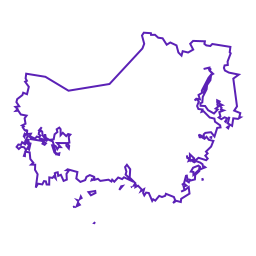 Huon Valley, Tasmania, Australia (Robinson projection)
{"feature_id": "25037944B40163460524303", "entity_name": "Huon Valley", "entity_type": "district", "adm_level": 2, "iso_a3": "AUS", "parent_name": "Australia", "parent_adm1": "Tasmania", "projection": "robinson", "projection_center": [146.517, -43.294], "detail": "fine", "context": "isolated", "style": "outline", "palette": "violet", "viewbox_px": 256, "rotation_deg": 0, "n_neighbors": 0, "source": "geoboundaries", "source_scale": "gbopen_adm2", "svg_char_len": 5840}
<svg xmlns="http://www.w3.org/2000/svg" viewBox="0 0 256 256"><path d="M26.2,73.7L25.6,78.4L26.9,80.8L25.1,81.7L28.8,86.8L27.0,94.2L23.2,92.7L22.4,95.1L17.2,99.1L16.4,102.1L19.2,106.3L15.4,106.9L17.6,109.1L15.8,110.9L18.3,110.7L20.8,114.5L26.6,115.6L24.6,118.3L25.5,123.7L22.0,125.5L23.8,126.5L22.8,127.5L24.7,130.2L25.6,130.7L26.1,130.2L27.0,130.4L27.2,130.5L26.9,134.0L30.9,133.7L29.7,136.1L35.0,138.6L36.9,136.5L39.0,137.4L40.4,135.6L38.7,134.2L39.0,132.1L40.7,131.0L39.1,130.3L41.7,127.2L40.0,129.7L42.2,131.6L42.6,135.4L44.7,138.1L44.8,135.0L45.3,135.0L45.9,137.9L49.5,139.9L53.7,139.3L54.6,134.3L57.4,132.0L56.7,129.3L59.3,127.6L60.6,129.2L60.6,135.2L62.8,132.8L66.2,136.1L68.1,134.0L70.3,134.6L68.7,136.5L69.4,142.6L67.0,143.2L69.2,145.8L68.8,148.6L66.3,145.7L66.5,143.1L57.0,143.0L60.7,147.1L58.6,147.1L57.3,149.2L55.7,146.2L54.5,145.6L53.4,145.9L55.1,150.0L55.1,152.7L56.1,153.1L56.1,153.7L56.5,153.6L56.5,154.2L59.3,153.3L59.0,154.9L56.4,154.3L54.4,152.4L52.1,145.3L53.9,145.2L52.7,141.4L47.7,139.4L46.6,140.6L45.1,138.5L45.7,140.3L40.6,138.6L40.2,139.0L46.0,143.3L44.6,144.8L42.5,143.7L43.6,142.0L41.9,140.9L30.7,139.1L31.3,138.0L27.9,135.8L25.8,140.0L28.3,139.8L29.0,143.5L29.6,143.8L30.1,143.4L30.5,143.5L29.1,149.7L27.3,148.4L29.0,145.4L26.2,141.4L24.7,142.3L26.0,143.0L25.1,144.4L22.1,142.2L20.9,144.9L18.4,144.5L16.6,146.9L18.8,149.0L21.2,146.9L24.0,147.2L26.1,149.9L25.2,151.7L29.7,152.4L30.3,159.0L33.3,162.7L31.2,164.6L35.2,164.7L35.0,169.8L37.6,174.2L35.8,187.6L38.0,183.7L42.3,184.4L44.0,181.1L45.9,181.4L46.6,184.5L49.2,184.6L49.3,177.4L52.5,177.9L53.8,176.3L55.7,178.4L54.8,173.2L55.8,172.7L57.7,172.3L58.2,175.9L60.9,174.8L63.6,180.9L66.8,179.6L66.5,173.8L69.0,170.4L66.4,170.2L67.6,169.3L77.4,172.0L76.3,178.5L80.4,181.9L85.2,180.1L86.5,176.8L89.8,175.1L93.8,176.7L94.0,178.9L94.1,176.4L94.7,179.8L97.9,178.8L100.3,180.9L108.5,179.7L111.4,181.5L112.2,179.7L114.3,181.7L118.2,177.5L122.1,179.1L124.0,177.3L133.3,181.7L125.6,174.6L126.4,171.6L125.1,167.1L126.9,164.8L130.2,169.2L129.7,177.6L135.3,183.1L133.8,185.6L135.7,185.1L135.4,187.1L138.0,185.7L141.7,189.5L140.9,191.1L144.0,189.2L143.1,192.9L144.3,195.4L146.1,192.6L148.8,193.0L152.2,200.9L153.2,199.3L155.3,200.6L159.2,195.9L162.0,197.0L165.2,195.8L165.9,193.8L173.9,197.0L175.2,200.3L173.1,203.0L176.2,200.8L180.8,202.0L181.2,198.8L189.5,193.6L188.7,187.1L185.1,189.9L181.1,191.6L184.5,190.0L183.6,186.5L186.4,185.6L184.3,183.8L183.5,183.9L183.2,184.4L181.9,184.8L183.4,183.8L183.9,183.7L186.0,175.8L187.7,175.4L186.4,176.0L187.8,179.2L186.4,180.7L188.8,182.3L190.0,178.8L189.5,180.8L194.9,179.4L195.2,174.9L199.3,171.1L199.1,169.7L193.4,174.9L193.4,171.9L190.8,171.6L193.1,167.7L198.4,165.6L200.1,167.0L199.8,169.6L203.4,168.0L202.5,164.2L200.2,162.6L196.2,161.1L194.3,162.3L192.3,161.1L193.8,160.8L193.1,159.5L188.6,161.0L189.4,159.1L187.2,157.9L186.9,155.4L187.3,157.8L188.9,158.1L189.9,159.5L189.9,154.3L194.1,158.3L194.6,161.1L198.5,157.8L206.2,160.2L207.7,158.6L205.3,155.7L207.6,153.4L206.0,151.6L211.1,146.6L213.4,140.9L208.8,139.8L206.5,136.8L204.5,138.8L200.7,136.6L199.5,138.0L200.2,135.9L198.3,135.4L199.9,135.0L203.9,137.1L203.7,134.4L205.3,132.9L211.0,132.2L214.5,136.5L217.2,127.9L220.5,127.4L220.1,125.3L215.0,121.7L214.4,118.6L209.7,117.5L203.5,111.2L201.6,111.8L202.5,109.5L198.4,109.0L197.1,106.0L198.8,101.5L196.7,99.1L194.6,100.4L196.3,98.7L199.9,99.3L198.5,95.0L202.1,92.8L201.8,90.7L208.5,77.8L211.1,74.6L212.8,73.9L209.5,70.6L208.8,68.6L209.1,67.7L203.6,69.0L209.2,67.6L210.5,69.1L209.7,70.6L213.1,73.8L211.1,75.0L210.4,80.2L207.1,85.0L206.6,89.3L202.8,96.8L202.3,102.4L200.4,103.3L200.6,105.8L205.1,106.0L208.1,110.2L214.0,113.5L217.7,109.5L215.7,108.6L218.2,106.6L217.3,104.4L217.7,103.5L217.1,101.9L217.5,101.2L217.2,100.7L217.2,100.3L219.7,101.5L218.8,103.3L222.1,105.0L219.6,105.5L221.6,107.8L220.9,109.5L223.7,110.4L219.3,112.1L220.4,116.3L218.7,117.5L221.3,119.2L224.6,117.3L228.2,118.8L229.4,116.9L227.8,123.4L232.1,125.9L233.3,118.3L238.0,118.9L240.6,117.3L239.3,117.1L240.3,113.1L234.2,110.6L237.0,106.4L233.3,78.6L238.8,74.6L228.9,72.6L224.9,70.5L223.9,67.9L224.6,65.4L227.8,65.0L227.6,61.5L230.7,53.3L229.7,52.3L230.4,46.9L212.3,44.0L210.3,46.0L206.3,45.4L204.4,43.9L204.9,41.3L193.1,40.9L190.2,43.8L193.2,49.6L188.1,52.5L182.7,51.2L181.5,55.6L178.4,52.5L176.5,45.4L170.3,42.5L166.7,44.7L162.6,38.3L158.2,37.7L155.0,34.8L151.1,34.9L150.9,33.2L143.8,32.7L142.0,35.5L144.2,43.8L142.4,48.5L109.5,84.0L68.5,90.7L45.4,76.8L26.2,73.7ZM95.2,191.0L88.5,192.1L90.9,195.3L95.5,193.0L95.2,191.0ZM79.8,204.8L78.0,202.6L76.6,206.3L79.8,204.8ZM203.5,90.4L205.6,87.2L204.9,89.9L204.7,89.9L205.0,90.1L205.7,89.2L206.8,84.7L203.5,90.4ZM208.6,77.8L207.4,81.9L208.3,81.5L209.1,80.4L210.3,77.8L210.5,76.6L208.6,77.8ZM208.5,81.8L206.7,82.8L206.0,84.5L208.5,81.8ZM121.2,186.3L119.3,189.9L122.6,186.0L121.2,186.3ZM80.8,196.5L80.0,198.9L81.6,198.0L80.8,196.5ZM226.5,119.4L225.2,121.5L225.8,122.0L226.5,119.4ZM227.1,127.4L228.2,128.3L228.9,126.4L228.6,126.3L227.1,127.4ZM23.9,155.9L24.9,156.1L25.0,153.5L24.6,153.8L23.9,155.9ZM209.7,137.4L211.2,137.8L211.3,137.1L209.7,137.4ZM204.0,91.6L203.8,93.5L205.0,90.2L204.6,89.9L204.7,89.4L204.0,91.6ZM92.0,179.3L91.6,180.3L93.3,179.8L92.0,179.3ZM24.9,135.1L23.8,136.2L24.4,137.0L24.9,135.1ZM202.8,179.6L202.3,178.2L202.5,179.7L202.8,179.6ZM77.2,200.1L78.1,201.1L78.4,200.5L77.2,200.1ZM94.2,223.1L95.1,223.3L94.5,222.8L94.2,223.1ZM198.6,168.8L199.4,168.0L199.2,168.1L198.6,168.8ZM24.4,134.5L25.1,134.7L24.6,134.0L24.4,134.5ZM130.9,187.2L131.3,187.1L131.8,186.8L130.9,187.2ZM204.9,167.0L204.8,167.5L205.3,167.3L204.9,167.0ZM199.8,135.3L199.7,135.6L200.2,135.6L199.8,135.3ZM27.1,141.0L27.3,141.1L27.5,140.6L27.1,141.0ZM73.8,206.7L73.2,207.1L74.1,206.9L73.8,206.7ZM32.1,137.5L31.8,137.8L32.4,137.6L32.1,137.5ZM204.1,93.4L204.1,93.8L204.2,93.3L204.1,93.4Z" fill="none" stroke="#5b21b6" stroke-width="2"/></svg>